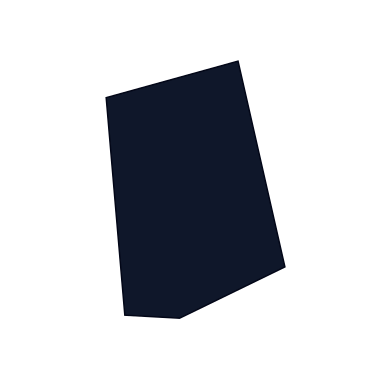 Curepipe, Robinson projection, rotated 110°
{"feature_id": "MUS-5183", "entity_name": "Curepipe", "entity_type": "City", "adm_level": 1, "iso_a3": "MUS", "parent_name": "Mauritius", "parent_adm1": "", "projection": "robinson", "projection_center": [57.517, -20.322], "detail": "fine", "context": "isolated", "style": "filled", "palette": "ink", "viewbox_px": 384, "rotation_deg": 110, "n_neighbors": 0, "source": "natural_earth", "source_scale": "10m", "svg_char_len": 240}
<svg xmlns="http://www.w3.org/2000/svg" viewBox="0 0 384 384"><g transform="rotate(110 192 192)"><path d="M53.3,193.5L230.6,79.1L314.8,160.5L330.7,213.0L132.7,304.9L53.3,193.5Z" fill="#0f172a" stroke="#020617" stroke-width="1.5"/></g></svg>